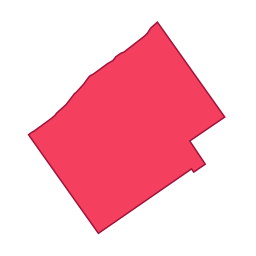 Sanilac, Michigan, United States of America, rotated 237°
{"feature_id": "52423323B29368919737567", "entity_name": "Sanilac", "entity_type": "district", "adm_level": 2, "iso_a3": "USA", "parent_name": "United States of America", "parent_adm1": "Michigan", "projection": "mercator", "projection_center": [-82.674, 43.422], "detail": "fine", "context": "isolated", "style": "filled", "palette": "rose", "viewbox_px": 256, "rotation_deg": 237, "n_neighbors": 0, "source": "geoboundaries", "source_scale": "gbopen_adm2", "svg_char_len": 516}
<svg xmlns="http://www.w3.org/2000/svg" viewBox="0 0 256 256"><g transform="rotate(237 128 128)"><path d="M84.5,215.1L190.9,210.7L200.8,210.3L199.4,201.3L197.0,196.1L196.1,192.0L193.9,166.0L194.6,162.6L194.4,156.9L192.8,152.1L193.1,145.8L192.1,128.2L192.4,125.2L192.2,123.2L188.9,114.6L186.1,103.9L186.0,102.0L181.3,88.6L179.4,76.4L178.4,73.7L177.8,69.5L176.6,47.8L176.8,44.7L176.5,40.9L55.8,45.8L59.1,159.0L55.2,159.1L55.6,173.1L83.5,172.7L84.5,215.1Z" fill="#f43f5e" stroke="#9f1239" stroke-width="1.5"/></g></svg>